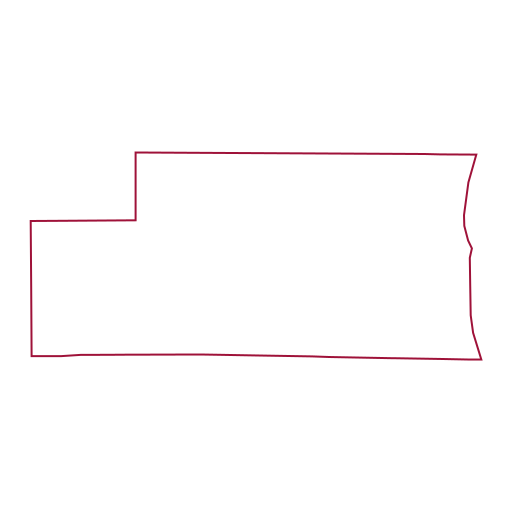 the district of Kenosha, Wisconsin, United States of America
{"feature_id": "52423323B66379277900853", "entity_name": "Kenosha", "entity_type": "district", "adm_level": 2, "iso_a3": "USA", "parent_name": "United States of America", "parent_adm1": "Wisconsin", "projection": "equal_earth", "projection_center": [-88.012, 42.581], "detail": "fine", "context": "isolated", "style": "outline", "palette": "rose", "viewbox_px": 512, "rotation_deg": 0, "n_neighbors": 0, "source": "geoboundaries", "source_scale": "gbopen_adm2", "svg_char_len": 551}
<svg xmlns="http://www.w3.org/2000/svg" viewBox="0 0 512 512"><path d="M30.7,221.0L31.2,288.7L31.6,356.1L61.0,356.1L61.6,356.1L80.3,354.9L109.9,354.8L124.8,354.7L125.5,354.7L200.5,354.5L219.3,354.8L258.9,355.5L312.1,356.4L328.9,357.0L392.3,358.2L394.3,358.2L442.8,359.0L467.5,359.5L481.3,359.5L473.1,332.8L470.7,315.3L470.2,284.6L469.8,257.8L471.9,248.4L468.1,240.5L467.5,238.2L464.3,225.9L464.0,215.2L468.4,182.4L476.3,154.6L440.5,154.4L424.5,154.0L135.6,152.5L135.6,220.3L62.9,220.8L30.7,221.0Z" fill="none" stroke="#9f1239" stroke-width="2"/></svg>